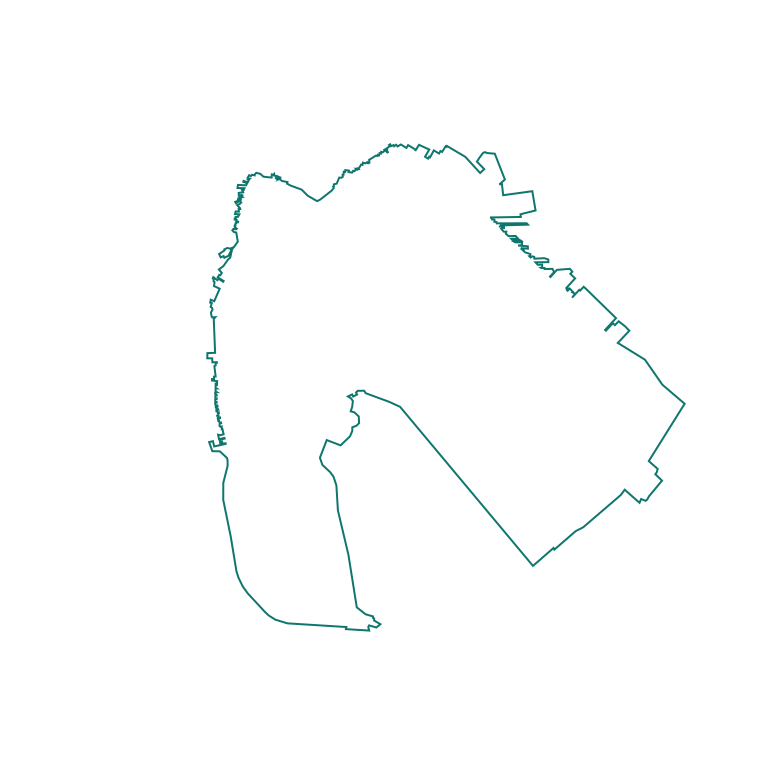 Sector 6, Bucharest, Romania (orthographic projection), rotated 234°
{"feature_id": "2599482B66456356420035", "entity_name": "Sector 6", "entity_type": "district", "adm_level": 2, "iso_a3": "ROU", "parent_name": "Romania", "parent_adm1": "Bucharest", "projection": "orthographic", "projection_center": [26.035, 44.443], "detail": "fine", "context": "isolated", "style": "outline", "palette": "teal", "viewbox_px": 768, "rotation_deg": 234, "n_neighbors": 0, "source": "geoboundaries", "source_scale": "gbopen_adm2", "svg_char_len": 6166}
<svg xmlns="http://www.w3.org/2000/svg" viewBox="0 0 768 768"><g transform="rotate(234 384 384)"><path d="M191.3,615.6L219.8,608.8L250.3,609.4L279.8,597.3L282.9,613.8L289.1,612.9L296.8,610.7L295.9,605.4L298.7,604.9L296.7,594.9L297.8,594.7L300.9,610.4L342.5,603.3L345.3,602.7L344.3,597.6L345.4,597.4L343.3,586.9L344.6,591.8L347.5,590.3L347.6,591.0L352.0,590.4L351.5,587.4L352.7,587.2L353.6,590.0L353.2,588.1L354.5,587.9L357.1,600.7L363.6,599.5L364.1,602.3L367.9,602.1L374.7,591.0L372.7,581.6L373.4,581.5L374.5,587.4L378.1,588.0L382.6,581.5L383.5,582.1L385.3,579.4L385.9,579.2L385.2,580.5L387.7,582.1L390.0,578.5L393.4,578.1L386.0,588.6L388.1,590.1L391.6,587.6L397.0,579.3L398.6,580.3L400.2,578.8L400.2,576.9L402.1,576.6L401.8,577.6L403.1,578.8L407.5,575.6L411.4,574.8L410.6,576.0L411.0,576.3L413.5,574.5L408.9,580.0L410.9,581.3L417.2,573.8L415.3,577.3L417.5,578.9L421.4,573.5L422.7,572.9L419.0,579.2L419.8,579.0L423.9,573.0L424.6,573.6L425.4,572.5L426.7,572.3L422.7,577.9L426.4,577.5L430.4,571.7L434.0,570.9L435.3,572.5L436.8,570.5L440.3,570.1L440.0,570.7L440.8,571.3L439.7,572.8L440.5,573.4L443.9,569.6L442.7,571.2L443.6,571.8L428.3,594.1L430.2,593.9L447.7,569.6L448.9,570.2L451.0,568.0L450.4,568.9L452.0,569.9L454.1,567.6L453.7,568.1L455.3,568.6L456.4,567.7L438.7,592.9L441.1,594.2L435.3,608.6L452.8,617.3L466.7,591.4L476.6,597.0L477.6,594.6L478.4,602.0L505.2,609.0L510.2,603.2L512.3,601.9L512.7,599.9L510.9,594.1L509.3,589.9L498.9,591.4L498.2,585.8L520.0,583.3L539.6,574.8L539.1,574.0L540.1,573.6L537.6,567.4L539.3,566.6L538.1,564.0L543.7,561.6L540.3,554.5L541.3,554.2L540.4,552.2L543.7,550.8L547.1,558.4L556.9,552.9L554.2,546.2L555.1,547.3L563.1,543.9L561.8,540.9L567.9,538.4L568.2,534.6L570.4,534.5L570.4,531.9L571.7,532.1L572.2,529.6L574.3,529.9L574.4,528.5L573.0,528.3L573.0,524.6L572.1,524.5L572.2,523.5L569.3,523.5L569.4,522.7L573.2,522.6L573.3,521.8L572.2,521.7L572.2,519.1L573.5,518.3L572.2,517.0L573.4,516.1L571.9,514.4L573.0,513.6L572.3,512.7L573.5,511.7L574.1,503.7L571.6,502.3L571.8,501.2L573.1,500.9L572.7,500.3L573.4,499.9L573.5,498.5L575.5,497.1L573.9,495.4L575.0,494.6L573.3,490.5L573.7,489.9L572.9,489.9L574.1,488.4L573.0,488.8L573.1,488.1L574.5,487.4L573.7,486.3L573.6,485.0L574.6,484.4L573.8,482.4L576.3,479.9L577.3,481.0L579.8,478.4L578.4,477.1L579.4,476.2L577.1,474.3L577.6,473.5L575.8,472.4L575.9,470.8L577.3,469.1L573.9,463.5L575.0,460.8L573.8,459.9L573.5,460.7L573.6,458.9L572.1,458.6L571.2,455.3L570.7,440.8L571.2,437.4L581.1,433.0L589.7,431.6L599.5,425.0L603.2,423.3L604.2,424.6L608.0,420.9L610.7,420.1L611.4,420.9L611.7,418.7L612.7,421.0L613.5,420.5L612.3,418.0L613.0,417.7L614.2,417.5L615.2,419.5L617.1,417.7L618.6,418.6L618.5,417.1L619.5,416.4L617.1,414.5L617.6,413.8L622.6,408.3L626.6,407.5L629.9,404.8L629.6,402.7L628.8,402.0L630.9,400.1L630.4,398.4L632.2,397.6L630.9,394.8L629.0,396.0L629.3,394.1L628.3,394.4L627.3,392.4L630.8,389.8L630.2,389.0L626.9,391.4L625.8,389.2L630.9,382.9L628.7,380.7L624.4,386.2L623.3,384.4L624.4,383.2L621.9,382.7L624.0,378.8L621.9,377.4L620.7,379.7L620.0,379.0L619.5,380.1L619.0,379.6L619.7,378.2L618.5,378.9L619.9,375.3L619.2,374.4L616.9,377.3L618.8,370.7L617.3,370.5L617.1,373.7L616.3,374.9L614.8,375.2L614.4,373.3L615.0,370.4L610.6,370.9L610.1,370.6L611.2,369.4L609.3,368.0L608.2,368.5L610.8,365.4L609.1,363.4L606.3,366.7L605.1,364.1L606.4,362.2L604.9,361.3L605.6,360.5L604.8,359.8L603.5,361.2L602.5,360.2L601.1,361.4L600.7,361.0L601.7,360.1L600.9,359.0L601.4,358.7L599.9,356.3L599.3,356.7L598.7,355.5L596.2,356.2L596.1,355.2L598.0,353.2L597.4,351.6L595.1,351.9L593.4,353.5L585.1,349.4L583.0,343.2L583.9,339.2L586.1,337.2L586.8,334.0L585.8,333.4L586.1,327.0L582.4,326.3L581.8,329.4L580.0,329.0L579.1,333.6L582.0,339.1L583.3,339.2L582.8,341.9L582.2,340.2L576.6,333.8L576.4,331.1L573.8,323.4L573.7,317.7L569.2,318.1L568.2,315.5L569.1,314.9L568.1,312.2L561.6,314.8L561.3,313.9L566.5,312.0L565.9,310.2L570.8,308.7L570.0,307.5L568.9,308.1L567.5,306.6L566.0,306.8L563.2,304.0L557.7,307.1L550.8,295.4L554.0,293.4L552.0,291.2L550.8,292.3L548.2,289.1L546.7,289.7L545.0,289.0L543.6,286.1L540.4,284.4L539.0,284.1L537.2,286.8L536.7,284.5L508.5,265.7L512.8,259.3L508.7,256.1L505.7,260.1L502.4,257.9L499.9,261.6L499.4,261.3L500.1,260.2L498.0,258.8L498.2,257.3L489.0,252.2L489.9,250.8L487.9,249.4L489.1,247.8L487.9,246.9L484.4,250.7L482.5,249.2L483.3,248.1L482.5,247.6L481.8,248.6L481.3,248.2L482.1,247.2L479.9,245.5L478.7,246.0L479.3,245.1L477.1,243.4L475.8,243.9L476.6,242.9L475.7,241.8L473.5,242.3L473.0,241.9L473.8,240.8L471.5,239.1L470.7,240.2L470.2,239.8L471.0,238.7L468.7,237.0L467.9,238.1L467.3,237.7L468.2,236.5L467.1,235.7L465.6,235.3L464.6,236.6L464.0,236.3L465.0,234.9L463.9,234.1L462.2,235.1L460.7,234.8L461.8,233.3L460.7,232.5L460.4,233.3L458.7,232.6L458.2,233.7L457.6,233.4L458.0,232.5L455.9,231.6L456.4,230.4L455.8,230.2L454.0,230.2L453.4,231.7L452.7,231.3L453.7,229.2L451.6,228.3L451.3,229.0L449.2,228.1L448.6,229.5L448.0,229.2L448.6,227.8L446.8,226.3L445.6,226.5L445.0,227.8L442.8,226.2L442.5,226.8L437.6,224.7L438.7,221.6L440.5,220.0L436.3,218.1L434.2,223.2L433.5,223.0L435.5,218.3L431.4,216.2L431.1,217.0L433.2,217.9L432.7,219.2L430.4,218.4L429.2,221.0L428.6,220.7L433.3,209.9L438.3,212.0L439.8,208.4L430.6,205.6L426.0,211.6L416.4,213.5L414.1,212.5L409.7,209.4L398.5,195.9L384.7,185.8L351.0,170.5L319.1,154.5L312.7,152.4L302.9,150.7L294.7,150.7L269.6,153.7L264.4,154.7L257.2,157.6L247.2,165.1L209.5,210.7L208.1,209.1L193.7,226.5L193.2,227.1L196.6,228.4L197.5,230.0L191.5,234.7L191.8,239.9L198.4,237.0L200.1,238.2L200.9,237.6L202.4,238.5L208.6,233.7L219.3,230.7L266.9,254.9L308.8,272.4L330.0,285.9L338.8,288.7L344.5,288.6L354.7,286.6L362.0,288.8L372.3,304.7L359.9,312.8L361.6,325.6L364.6,330.7L367.6,332.9L366.4,337.2L367.0,340.9L372.6,344.5L378.5,343.4L381.5,341.0L384.1,344.7L388.5,348.8L391.8,348.9L395.1,347.5L394.3,352.1L392.0,351.7L391.3,356.0L393.6,356.4L393.9,358.8L390.2,364.0L387.3,363.8L366.7,377.6L356.1,383.6L149.3,397.6L151.7,424.8L149.9,424.5L152.3,452.5L151.0,460.9L155.0,510.3L157.0,516.6L137.7,520.9L139.8,524.5L135.8,526.9L135.8,528.9L137.4,532.4L142.4,552.1L151.5,550.5L152.2,552.7L154.4,555.5L166.0,552.9L191.3,615.6Z" fill="none" stroke="#0f766e" stroke-width="2"/></g></svg>